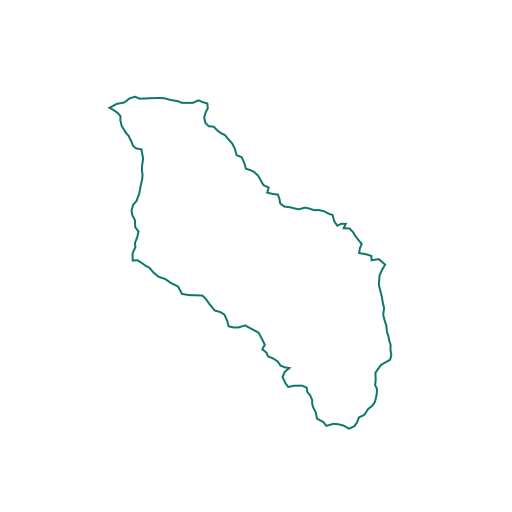 Paulistânia, São Paulo, Brazil, rotated 246°
{"feature_id": "56859067B21120338583283", "entity_name": "Paulistânia", "entity_type": "district", "adm_level": 2, "iso_a3": "BRA", "parent_name": "Brazil", "parent_adm1": "São Paulo", "projection": "natural_earth1", "projection_center": [-49.301, -22.568], "detail": "fine", "context": "isolated", "style": "outline", "palette": "teal", "viewbox_px": 512, "rotation_deg": 246, "n_neighbors": 0, "source": "geoboundaries", "source_scale": "gbopen_adm2", "svg_char_len": 2412}
<svg xmlns="http://www.w3.org/2000/svg" viewBox="0 0 512 512"><g transform="rotate(246 256 256)"><path d="M451.0,182.5L447.2,185.3L443.5,187.5L439.0,189.1L435.1,187.3L429.6,186.2L421.6,187.2L417.5,188.5L411.5,188.7L406.8,188.5L403.2,190.1L400.0,194.7L390.9,192.5L384.9,188.7L380.4,186.5L376.6,185.5L372.2,183.1L366.9,179.1L360.9,175.0L354.8,169.2L352.8,164.6L348.1,160.8L343.5,159.6L338.1,160.0L331.6,157.4L326.0,158.6L321.9,155.5L317.1,150.7L313.1,149.4L308.7,144.4L302.0,141.5L300.4,145.9L295.9,149.0L292.3,150.9L288.7,153.8L282.4,155.7L276.6,158.6L271.9,163.7L265.9,167.3L259.8,172.4L251.4,173.0L247.3,179.3L244.5,185.3L241.6,191.0L237.0,192.8L231.0,193.9L222.9,196.2L219.7,200.2L215.4,203.3L208.5,203.3L202.9,202.4L199.9,206.3L197.9,210.8L197.0,217.8L184.9,227.2L177.5,227.7L171.3,227.9L168.2,223.8L163.4,226.2L159.3,226.2L155.9,229.6L150.9,232.9L145.9,233.8L142.6,237.0L140.1,240.9L138.4,235.1L134.7,231.0L127.5,231.2L123.2,232.2L122.0,238.0L118.8,245.4L115.1,248.7L110.7,247.6L106.6,248.8L101.5,248.7L97.8,247.1L94.0,246.7L89.0,247.0L82.5,245.6L76.9,250.0L72.2,251.2L71.2,258.4L68.8,262.8L65.4,267.1L60.4,270.7L60.5,276.7L63.0,280.8L66.7,284.4L66.8,290.4L70.6,296.2L71.8,301.0L74.2,305.1L77.4,307.7L81.0,310.3L85.5,312.5L89.6,312.3L94.0,314.9L100.8,317.6L105.7,326.0L106.7,336.4L110.6,339.4L115.6,340.7L120.0,342.8L124.3,343.3L128.5,344.2L133.5,344.8L139.2,346.7L145.7,347.4L150.5,348.3L156.5,351.9L161.2,352.7L167.7,354.4L179.7,356.5L183.8,358.7L188.2,361.1L191.8,365.2L195.6,370.5L203.2,366.9L205.1,359.9L209.2,361.4L213.2,356.8L216.7,351.4L220.6,353.9L224.1,357.5L229.3,356.0L234.0,354.9L238.4,354.3L243.0,352.7L245.7,347.4L248.8,351.0L250.7,347.2L250.6,342.6L256.1,341.6L262.3,342.6L265.3,339.4L269.5,336.1L272.5,331.9L274.3,327.6L277.6,324.1L280.2,320.5L281.4,313.7L286.6,307.0L289.6,302.0L294.1,299.5L299.0,300.7L303.2,300.9L305.8,296.7L309.3,292.0L313.4,295.4L317.8,291.6L322.1,291.2L328.6,290.6L334.0,288.2L337.1,285.4L339.9,282.3L345.7,283.1L352.0,283.1L356.0,279.3L362.6,280.3L368.5,280.0L373.8,278.3L379.1,276.8L382.7,273.8L386.7,271.6L391.3,270.0L393.8,265.6L398.3,263.9L403.8,265.1L407.7,268.5L410.7,272.1L415.1,273.6L418.4,269.7L421.6,266.8L421.6,260.5L424.0,255.1L426.2,250.4L429.2,247.6L431.9,243.5L434.5,239.9L437.2,236.7L439.8,231.7L443.2,223.5L445.4,217.7L447.2,213.5L450.7,210.3L451.4,204.5L449.8,198.2L451.6,190.6L451.0,182.5Z" fill="none" stroke="#0f766e" stroke-width="2"/></g></svg>